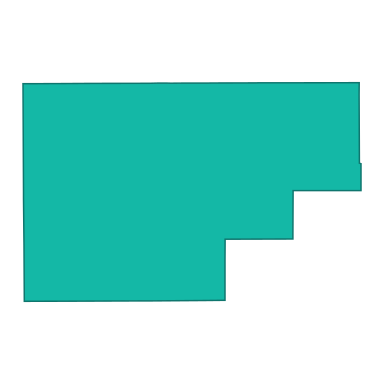 the district of 2 de Abril, Chaco, Argentina
{"feature_id": "61730980B81782209111955", "entity_name": "2 de Abril", "entity_type": "district", "adm_level": 2, "iso_a3": "ARG", "parent_name": "Argentina", "parent_adm1": "Chaco", "projection": "albers", "projection_center": [-61.281, -27.639], "detail": "fine", "context": "isolated", "style": "filled", "palette": "teal", "viewbox_px": 384, "rotation_deg": 0, "n_neighbors": 0, "source": "geoboundaries", "source_scale": "gbopen_adm2", "svg_char_len": 663}
<svg xmlns="http://www.w3.org/2000/svg" viewBox="0 0 384 384"><path d="M361.0,190.6L361.0,163.8L360.9,163.8L360.9,163.7L359.8,163.3L359.4,163.2L359.2,115.9L359.1,95.1L359.2,82.7L292.3,82.8L285.5,82.8L258.6,82.8L256.0,82.9L210.9,83.0L208.0,83.1L182.8,83.1L171.5,83.2L170.3,83.2L167.1,83.1L157.7,83.1L149.4,83.3L93.1,83.4L57.6,83.6L52.9,83.6L51.5,83.6L35.1,83.7L23.0,83.7L23.1,105.6L23.5,191.3L23.5,198.2L24.0,245.5L24.0,246.0L24.3,301.3L64.4,301.2L142.4,300.9L148.5,300.9L150.8,300.9L204.7,300.5L225.0,300.3L225.0,259.7L225.1,242.6L225.1,239.2L255.9,239.1L292.9,239.0L292.9,234.3L293.1,190.6L361.0,190.6Z" fill="#14b8a6" stroke="#0f766e" stroke-width="1.5"/></svg>